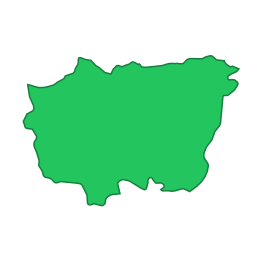 map outline of Lääne-Viru (orthographic projection), rotated 96°
{"feature_id": "EST-1658", "entity_name": "Lääne-Viru", "entity_type": "County", "adm_level": 1, "iso_a3": "EST", "parent_name": "Estonia", "parent_adm1": "", "projection": "orthographic", "projection_center": [26.348, 59.26], "detail": "fine", "context": "isolated", "style": "filled", "palette": "green", "viewbox_px": 256, "rotation_deg": 96, "n_neighbors": 0, "source": "natural_earth", "source_scale": "10m", "svg_char_len": 2212}
<svg xmlns="http://www.w3.org/2000/svg" viewBox="0 0 256 256"><g transform="rotate(96 128 128)"><path d="M51.0,39.2L52.1,39.0L54.5,36.6L56.6,32.5L55.6,30.5L57.6,23.9L60.6,26.0L63.8,31.3L66.3,34.3L69.2,33.5L69.5,31.7L68.9,29.3L69.1,26.8L70.9,24.1L72.5,23.2L74.4,23.7L79.3,26.3L84.7,31.7L85.2,32.8L85.5,34.4L85.7,36.4L87.0,36.9L113.8,36.5L116.5,37.4L122.3,41.2L131.0,43.3L138.9,48.1L144.6,49.7L147.7,49.8L150.1,48.9L154.9,45.0L156.9,44.1L162.8,44.6L168.3,46.3L173.6,49.2L178.8,53.5L184.8,60.0L184.6,60.5L183.3,64.2L182.7,66.4L182.8,67.6L183.3,69.2L185.6,74.7L186.3,77.7L186.2,80.9L186.9,87.4L185.8,89.0L183.7,86.6L182.6,85.9L181.7,86.0L180.6,86.6L179.8,87.8L179.2,88.9L179.9,94.6L177.6,97.1L175.2,98.9L174.8,99.8L175.0,100.6L176.1,102.2L177.3,102.6L178.8,102.7L180.0,102.4L185.9,103.3L187.2,103.9L187.7,105.3L186.4,108.9L180.5,121.1L179.7,127.6L181.5,130.8L183.4,132.2L184.4,132.5L194.2,129.1L195.8,136.5L196.8,139.0L199.4,141.9L201.4,142.7L205.7,143.0L207.2,144.4L208.0,145.9L206.8,154.1L207.9,156.0L208.2,156.9L208.5,158.5L207.9,159.8L206.7,160.5L199.1,161.7L189.5,167.8L188.5,169.3L188.2,173.5L188.3,189.3L190.0,193.2L190.0,194.9L188.9,196.4L186.9,198.6L186.1,200.9L185.8,202.9L185.7,204.8L185.2,206.0L184.2,207.1L179.7,208.9L174.6,213.0L170.9,212.8L169.4,213.1L161.8,216.3L156.1,219.4L153.8,219.9L150.8,219.5L149.2,218.2L146.0,217.9L139.1,223.1L139.1,227.6L138.9,228.7L138.4,230.1L132.4,232.8L124.6,229.9L120.8,224.3L118.6,223.6L115.7,224.3L107.1,229.2L95.3,232.3L95.7,229.2L96.5,225.4L96.9,223.1L97.1,221.0L96.9,218.4L96.3,215.2L94.5,209.9L92.7,206.0L89.9,203.1L85.7,196.9L82.8,195.8L79.2,188.1L77.2,187.0L74.1,186.5L70.5,184.7L68.5,184.3L64.6,184.6L63.4,184.2L63.0,182.5L64.4,177.2L64.6,172.0L69.3,166.6L71.2,162.6L75.1,157.0L76.2,150.7L71.0,148.8L67.3,145.9L66.8,143.8L67.8,140.7L66.1,137.4L63.9,132.8L62.9,132.1L62.2,131.3L61.8,130.4L62.0,128.6L62.9,126.4L63.7,124.3L63.1,123.3L65.7,120.9L65.9,118.4L65.8,116.8L62.9,102.8L62.0,99.6L60.6,96.5L59.7,94.1L59.2,91.3L59.1,88.9L58.6,85.5L58.8,83.5L58.5,81.5L58.1,79.8L53.9,76.5L52.7,74.4L52.4,72.9L51.4,61.5L49.7,59.0L49.1,57.8L47.8,54.6L47.5,53.1L47.8,51.5L50.3,48.2L51.0,46.9L51.1,40.3L51.0,39.2Z" fill="#22c55e" stroke="#15803d" stroke-width="1.5"/></g></svg>